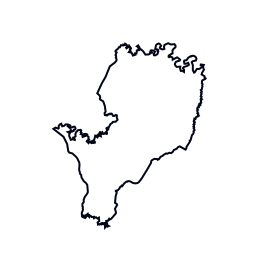 Na Wa, Nakhon Phanom, Thailand (Robinson projection), rotated 219°
{"feature_id": "78962969B93773491047037", "entity_name": "Na Wa", "entity_type": "district", "adm_level": 2, "iso_a3": "THA", "parent_name": "Thailand", "parent_adm1": "Nakhon Phanom", "projection": "robinson", "projection_center": [104.093, 17.513], "detail": "fine", "context": "isolated", "style": "outline", "palette": "ink", "viewbox_px": 256, "rotation_deg": 219, "n_neighbors": 0, "source": "geoboundaries", "source_scale": "gbopen_adm2", "svg_char_len": 5816}
<svg xmlns="http://www.w3.org/2000/svg" viewBox="0 0 256 256"><g transform="rotate(219 128 128)"><path d="M73.6,164.2L74.1,165.9L75.1,166.7L74.8,168.0L75.1,168.4L76.6,168.9L76.6,169.8L77.5,170.0L77.3,170.2L77.9,171.2L79.2,171.8L78.8,172.9L79.7,173.3L79.6,173.9L81.0,174.4L81.2,174.8L80.8,175.0L81.5,175.3L81.6,176.4L81.9,176.3L82.3,177.1L81.3,177.5L81.9,179.2L80.8,181.5L81.4,181.7L81.2,182.3L81.9,182.3L82.6,183.5L83.4,183.2L83.8,184.1L84.8,184.7L85.5,185.5L85.1,186.2L86.6,186.9L86.9,187.9L86.0,188.8L87.2,189.9L86.6,190.6L87.3,190.7L87.7,191.5L86.7,192.0L87.3,192.8L87.0,193.0L87.0,193.8L88.2,194.6L88.5,195.6L89.3,195.7L89.7,196.4L89.1,197.0L90.0,197.2L90.4,198.5L91.4,198.4L92.2,200.7L92.6,200.6L92.8,201.1L93.6,201.5L93.4,202.6L95.3,203.3L94.9,204.4L96.0,206.1L96.2,207.1L97.2,207.9L97.6,209.0L98.8,209.3L100.1,211.2L100.2,211.8L98.8,214.8L98.9,215.4L100.1,215.3L101.1,216.4L104.5,215.9L105.2,217.6L105.7,221.1L108.2,222.6L108.8,224.7L111.3,223.3L111.1,222.6L109.5,222.7L109.0,221.9L109.6,219.0L111.6,217.2L111.2,213.0L111.5,212.6L114.0,213.7L117.2,217.7L119.9,219.2L119.8,220.4L117.7,223.3L118.4,224.9L119.8,225.7L121.6,225.7L122.9,225.2L123.8,223.5L124.3,223.6L125.4,220.7L125.2,217.5L126.6,216.0L126.5,215.0L124.6,213.5L123.4,214.4L122.2,216.5L120.4,215.5L120.9,213.8L122.9,210.6L123.1,209.5L122.8,209.0L121.1,208.6L119.8,206.8L121.6,206.7L122.9,205.6L124.8,206.9L126.0,208.6L128.5,206.2L130.0,206.2L131.6,206.9L132.3,208.6L132.3,209.8L130.2,213.1L130.4,213.7L131.3,214.0L134.3,213.8L136.3,209.3L137.0,210.3L138.3,210.7L140.1,210.2L140.6,208.9L141.3,208.9L141.8,209.6L141.7,210.9L140.3,214.0L142.2,216.2L142.4,218.4L141.9,220.4L142.7,221.8L144.6,222.4L147.2,219.9L150.2,219.1L151.9,215.5L151.2,213.8L149.5,212.3L150.6,210.8L153.0,210.0L153.9,210.6L154.0,212.7L156.3,213.3L157.4,212.9L158.2,211.3L158.3,209.9L156.5,206.5L154.3,207.7L153.7,207.6L153.6,206.5L152.6,206.5L151.6,203.9L152.6,201.5L153.6,200.9L154.4,201.4L155.1,204.4L156.9,204.2L158.9,203.0L159.1,202.5L158.5,202.0L156.9,201.7L158.4,200.6L157.5,200.0L158.2,198.2L160.7,196.0L164.7,197.2L168.7,197.3L172.0,198.6L172.5,197.1L170.1,197.2L169.7,196.0L168.5,195.4L169.9,193.8L168.3,191.3L169.6,190.4L169.5,189.7L168.5,189.4L169.7,187.4L172.6,188.8L175.1,187.5L175.3,189.3L174.5,189.4L176.1,190.4L176.2,191.0L175.8,190.7L175.6,191.6L176.5,192.1L177.5,192.3L177.2,191.9L178.6,191.3L179.3,189.0L179.9,189.2L179.6,190.3L180.2,190.9L180.2,191.9L181.0,191.1L182.0,191.8L183.3,191.7L182.7,189.4L183.1,190.0L184.1,189.8L183.8,189.0L185.6,187.9L185.1,185.7L185.9,185.0L185.7,183.4L186.3,180.4L185.8,179.5L184.4,179.6L183.6,176.8L182.8,176.7L182.0,175.9L181.9,175.1L180.1,174.2L179.4,173.1L179.4,170.7L180.9,164.4L177.6,153.6L176.4,146.1L173.7,135.6L170.4,135.4L168.6,134.1L168.3,133.1L167.6,132.6L164.3,133.1L163.0,132.5L159.7,130.4L155.7,126.6L155.6,124.8L154.1,123.5L153.0,124.1L152.8,125.0L152.1,125.9L151.9,125.6L151.5,127.2L150.6,128.1L150.4,127.9L150.1,128.7L149.5,128.9L147.3,128.0L146.3,128.6L145.8,130.4L144.6,130.8L143.3,129.1L141.3,127.8L141.5,125.2L143.6,123.2L143.5,121.8L144.1,120.1L143.3,115.8L142.5,114.5L143.2,114.1L144.4,114.9L144.6,114.2L142.7,113.1L142.5,111.8L141.0,110.7L140.8,110.0L141.4,109.7L142.7,110.3L142.8,108.6L143.4,107.9L145.4,108.6L145.5,107.8L144.6,106.9L144.9,106.3L146.8,107.4L147.2,107.2L147.1,106.4L146.0,106.2L143.9,104.5L145.0,104.1L146.0,104.9L146.9,104.8L147.3,103.0L146.0,102.4L145.8,101.5L148.6,101.4L146.9,97.7L147.4,95.5L146.9,95.1L145.7,96.5L144.8,96.3L144.5,95.6L147.0,93.2L147.5,93.5L147.2,94.4L148.1,94.6L149.0,93.2L149.2,91.4L149.7,91.6L149.9,93.1L150.5,93.0L151.0,91.6L151.6,91.6L151.8,92.4L151.1,94.6L152.2,94.9L152.9,96.2L155.0,96.4L155.5,97.3L156.4,97.1L156.1,95.5L157.0,95.6L157.5,96.5L158.1,95.9L156.4,94.6L157.6,92.5L158.6,93.3L158.8,94.6L160.9,93.6L161.2,95.1L162.2,95.0L162.6,96.4L163.6,96.8L165.4,95.0L165.7,92.2L165.1,90.1L163.6,88.7L163.7,87.3L164.5,86.1L162.1,85.7L161.8,85.2L164.1,84.4L165.0,82.8L168.7,84.8L170.3,87.2L172.3,87.0L171.9,87.6L170.2,88.1L171.2,89.9L171.1,90.4L170.5,90.6L169.3,89.9L168.4,91.4L168.9,92.7L168.3,93.3L168.2,94.3L169.5,95.3L170.3,95.4L171.0,94.9L173.0,91.4L175.9,91.5L175.8,92.0L173.8,92.9L174.3,93.6L175.2,93.5L177.1,92.9L178.8,91.4L178.9,89.8L180.2,87.9L182.6,89.3L183.2,88.0L183.2,86.0L181.7,84.3L181.7,83.7L184.6,82.7L185.4,80.4L172.6,80.6L165.3,77.3L159.6,72.2L158.0,72.0L155.3,73.2L150.8,73.0L148.3,72.5L144.2,70.5L142.6,69.0L139.8,64.9L136.1,62.1L135.0,62.1L132.8,60.2L128.8,58.8L126.0,58.8L123.8,58.1L118.9,53.0L118.4,51.3L118.2,47.1L117.2,44.2L115.8,42.7L115.7,40.4L114.2,38.5L113.4,38.3L112.6,37.0L111.6,36.3L110.4,32.8L108.0,30.3L107.7,30.4L107.3,32.2L106.2,31.8L106.2,30.6L105.3,30.9L105.6,32.7L104.6,32.0L104.6,33.6L105.6,34.0L105.3,35.7L104.5,34.8L104.2,35.9L103.7,36.0L103.2,34.6L102.2,34.5L102.8,35.8L101.1,36.2L100.3,35.9L98.5,37.6L97.7,36.5L96.7,38.5L94.6,38.5L94.2,40.0L91.8,37.6L92.2,35.5L90.5,34.1L90.0,35.1L89.4,35.1L88.8,37.1L88.3,37.2L87.8,36.6L87.3,37.4L88.9,38.0L87.6,38.1L86.7,39.1L86.3,38.1L84.8,38.0L83.2,36.2L83.1,38.4L81.9,38.4L81.3,39.6L84.2,38.8L85.3,40.2L84.3,40.7L86.4,42.0L86.2,42.3L85.7,42.2L85.7,42.9L85.2,43.2L85.5,45.4L84.7,45.1L83.9,47.0L83.7,53.9L84.3,54.9L87.3,57.0L88.0,61.3L88.9,61.9L91.0,61.7L94.7,67.3L96.0,70.5L96.7,71.3L97.3,71.2L97.3,71.8L97.7,71.9L96.8,73.0L96.6,75.5L97.0,77.4L96.6,77.9L96.7,79.1L96.2,79.2L96.4,79.5L95.9,80.0L96.1,82.4L95.5,85.4L94.7,85.9L94.5,86.8L92.8,87.9L90.0,88.3L87.8,89.3L86.2,90.9L85.5,92.6L85.6,97.3L86.9,107.5L88.1,115.2L89.2,117.1L89.0,118.4L88.1,120.6L86.0,122.0L85.0,122.0L85.2,122.8L84.3,123.3L84.6,126.1L83.5,128.3L83.6,129.1L82.4,132.2L81.3,132.7L80.2,134.9L78.7,135.6L78.2,137.4L78.5,139.7L77.1,142.6L77.1,144.5L76.2,146.3L69.7,147.4L69.8,148.7L70.6,150.0L71.2,155.4L71.6,157.1L72.0,157.2L71.8,158.2L73.8,162.7L73.6,164.2Z" fill="none" stroke="#020617" stroke-width="2"/></g></svg>